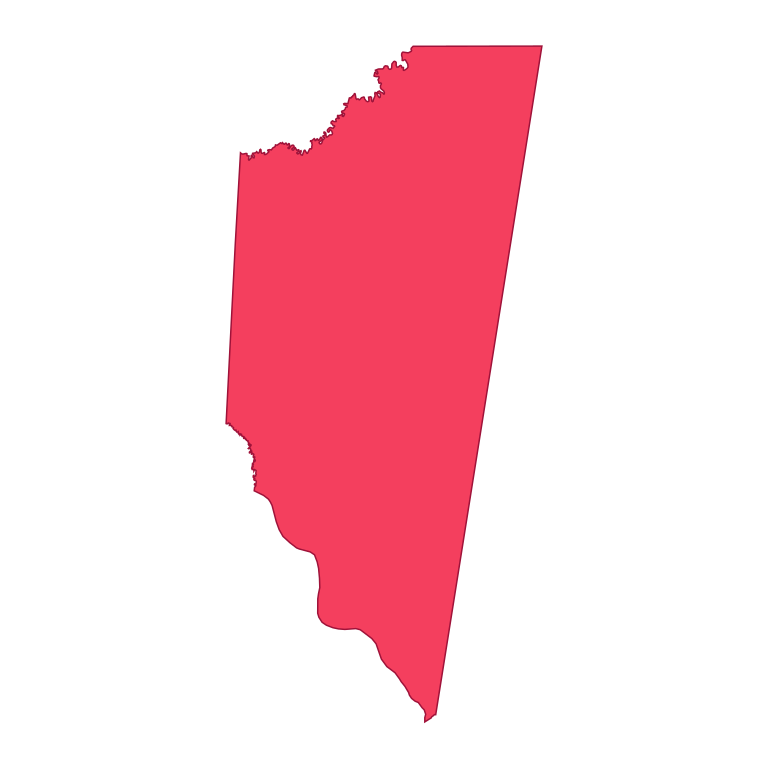 Leticia, Amazonas, Colombia (Robinson projection)
{"feature_id": "7082276B43275073099169", "entity_name": "Leticia", "entity_type": "district", "adm_level": 2, "iso_a3": "COL", "parent_name": "Colombia", "parent_adm1": "Amazonas", "projection": "robinson", "projection_center": [-70.12, -3.618], "detail": "fine", "context": "isolated", "style": "filled", "palette": "rose", "viewbox_px": 768, "rotation_deg": 0, "n_neighbors": 0, "source": "geoboundaries", "source_scale": "gbopen_adm2", "svg_char_len": 6016}
<svg xmlns="http://www.w3.org/2000/svg" viewBox="0 0 768 768"><path d="M254.2,490.8L263.6,495.4L268.4,499.1L270.3,501.9L272.1,505.5L276.3,521.7L279.2,529.7L283.0,536.4L290.0,542.8L296.6,547.9L299.3,549.0L310.2,551.9L314.5,554.8L317.2,561.9L318.6,568.4L319.5,578.3L319.8,587.6L318.5,593.8L317.8,598.8L317.7,613.3L318.9,617.3L322.1,622.3L326.4,625.2L332.9,627.7L338.5,628.9L344.8,629.4L355.8,628.6L360.2,629.7L371.8,638.5L376.1,643.8L381.4,659.1L386.9,666.6L395.1,672.8L399.6,679.0L401.2,681.7L404.9,686.3L408.6,692.5L409.4,695.1L411.6,698.4L415.1,701.2L418.3,702.5L422.1,707.7L424.2,709.8L425.7,714.3L424.8,717.6L424.8,721.9L431.2,717.9L431.8,716.7L433.5,715.6L434.4,714.6L435.7,714.7L541.9,46.1L413.1,46.3L411.2,48.3L411.1,49.6L411.6,50.5L411.2,51.3L409.0,52.5L408.0,52.8L402.9,52.1L402.2,52.6L401.7,53.8L401.6,55.3L402.2,57.6L402.2,60.4L403.1,60.6L404.3,59.8L405.4,59.9L407.8,64.2L408.0,67.1L407.2,68.3L405.8,69.4L404.1,70.4L403.5,70.3L403.3,70.0L403.5,67.6L403.1,67.3L401.9,67.6L401.3,65.8L400.5,65.4L399.8,65.7L398.4,67.0L396.9,67.1L396.2,65.4L396.2,62.5L395.6,61.7L394.6,61.3L393.7,61.6L391.9,63.9L391.6,68.1L390.7,69.2L389.7,69.3L388.8,68.8L388.2,68.0L388.0,66.7L387.5,66.1L385.5,65.8L384.3,66.4L383.6,68.1L382.8,68.9L378.4,69.0L375.4,70.2L375.6,70.8L377.4,71.3L377.9,73.4L377.1,74.1L375.7,72.4L374.8,72.5L374.0,75.9L374.2,76.2L376.5,76.7L378.7,76.6L379.0,77.0L379.0,78.0L378.0,79.8L378.7,81.4L378.8,82.8L379.5,83.3L380.7,82.9L381.3,83.5L381.4,83.9L380.4,85.8L380.5,87.8L381.1,88.8L383.8,91.1L384.4,92.6L384.3,93.9L383.8,94.1L382.6,92.9L380.5,92.0L379.5,91.0L377.8,91.7L377.4,92.5L377.6,93.0L380.0,93.9L380.4,94.6L380.2,96.9L380.0,97.4L379.4,97.6L378.4,96.6L376.4,92.7L375.1,92.5L374.8,93.2L375.0,95.9L373.4,99.8L373.2,101.1L372.5,101.7L372.0,101.4L371.7,100.8L371.5,97.4L370.6,96.8L368.6,97.2L369.0,101.0L368.1,101.6L367.4,101.7L366.2,101.0L364.5,98.7L364.3,97.3L363.7,97.0L361.5,97.7L359.6,99.8L359.0,99.7L358.0,98.8L356.7,99.4L356.0,98.5L355.2,94.0L354.9,93.6L354.4,93.6L353.9,94.8L352.7,95.8L352.5,96.7L351.5,96.9L350.9,98.0L349.9,97.8L349.3,98.0L347.9,103.6L344.5,103.4L343.7,103.8L344.0,104.8L347.0,105.6L347.3,106.4L347.1,107.1L345.6,107.4L345.2,109.1L343.7,110.7L342.0,111.0L341.6,111.7L341.9,112.6L344.4,113.6L344.5,114.6L343.7,116.1L343.2,116.5L342.4,116.3L342.6,114.5L342.2,114.1L340.6,115.2L338.8,115.6L337.8,115.4L337.5,115.8L337.5,116.4L338.9,117.6L339.2,118.3L338.8,118.6L337.5,117.8L335.8,119.1L335.7,119.6L336.3,121.1L336.1,121.5L334.1,121.6L332.5,120.8L331.3,121.8L331.0,122.8L331.2,123.6L332.3,124.1L333.1,125.6L334.5,125.8L334.7,126.3L333.1,128.3L330.4,127.5L329.4,127.8L327.6,129.6L327.3,130.7L327.9,131.9L328.7,132.2L329.4,131.5L329.8,130.0L330.3,129.9L331.2,130.4L331.8,131.2L332.5,133.3L332.1,134.5L331.4,134.9L329.7,134.9L327.4,136.9L326.7,137.1L326.1,136.0L325.8,133.1L324.7,132.0L324.1,132.0L323.8,133.0L325.0,133.9L325.0,134.6L324.6,135.2L323.1,135.8L322.9,136.3L323.1,137.1L324.4,137.5L324.6,138.2L322.8,140.0L321.8,143.0L320.8,144.0L320.2,144.0L319.4,143.4L319.1,142.3L322.2,139.8L322.3,139.0L321.1,137.3L320.5,137.4L320.2,138.4L318.8,140.3L318.1,140.2L317.6,139.0L317.2,138.8L316.5,139.4L315.9,140.5L315.1,140.6L314.7,139.0L314.2,138.6L312.8,139.9L311.3,140.9L310.6,140.8L310.5,141.5L311.5,141.7L311.9,142.2L311.8,143.5L312.2,144.9L311.8,146.2L311.8,148.0L311.2,148.9L310.1,148.7L309.6,149.0L307.5,153.3L307.0,153.4L306.6,153.0L305.0,150.3L304.7,150.2L304.1,150.5L302.4,155.1L301.2,154.9L300.6,154.0L300.6,153.0L301.2,151.2L301.0,150.7L300.3,151.0L298.8,153.6L297.6,153.9L296.9,153.3L296.8,152.8L298.6,151.3L298.9,150.7L298.8,149.9L298.3,149.7L297.4,150.2L296.7,150.2L295.4,147.8L294.6,148.4L293.5,150.1L292.6,150.1L292.0,149.6L292.0,148.8L294.1,147.1L294.1,146.2L293.5,145.3L292.8,145.1L291.5,145.5L290.6,146.3L289.3,148.5L288.6,148.6L288.1,148.3L288.0,147.8L289.3,146.9L289.5,144.4L289.2,143.7L288.7,143.6L288.0,144.5L287.2,144.9L286.2,143.2L285.4,143.2L284.6,144.2L284.1,144.2L282.4,142.6L281.9,143.6L280.5,142.8L277.1,145.2L275.5,144.9L275.1,146.6L272.7,148.0L271.4,149.9L269.4,149.6L267.9,150.0L267.7,150.7L268.8,151.2L268.8,151.9L266.6,154.0L265.6,154.5L264.5,154.5L264.7,152.9L264.3,152.5L262.7,153.3L261.6,153.2L261.1,152.1L261.0,149.9L260.5,149.3L259.9,149.7L259.3,152.1L258.5,153.1L257.8,153.0L256.7,151.6L255.6,152.8L252.6,153.3L252.5,153.9L253.6,154.9L254.4,156.2L254.1,157.8L253.2,157.8L252.0,155.5L251.4,155.3L251.1,155.9L251.2,157.9L249.2,160.1L248.7,160.0L248.5,159.4L249.1,156.0L247.1,155.7L246.9,153.6L246.1,153.4L242.9,154.1L241.7,153.8L240.5,152.8L235.3,243.4L226.1,423.6L227.0,423.9L227.8,423.6L228.2,423.0L229.5,423.4L229.4,424.8L230.1,424.2L230.1,425.5L231.6,425.6L231.9,426.8L232.6,426.9L233.5,427.7L233.1,428.5L234.1,429.7L235.4,430.6L235.9,430.1L236.7,432.0L237.6,432.1L238.2,431.7L238.3,433.4L239.2,434.5L239.8,433.6L240.5,433.9L240.4,434.7L240.9,434.2L241.5,434.3L241.5,435.3L241.9,435.5L242.1,436.4L243.9,436.6L244.1,437.2L243.6,437.8L243.7,438.4L244.2,438.5L244.8,437.9L245.6,438.7L245.6,439.4L246.3,439.5L246.5,440.4L248.1,441.0L247.9,441.8L248.8,442.7L248.3,444.2L249.0,444.5L248.9,445.5L249.5,445.6L250.1,445.1L250.1,444.6L249.4,444.4L249.7,444.0L251.0,444.8L251.0,445.6L248.3,448.5L248.9,448.8L250.0,448.0L250.8,449.5L250.7,450.8L249.4,452.1L249.4,452.8L249.8,453.0L251.2,452.4L251.1,451.1L251.6,451.0L251.9,453.0L251.6,454.2L252.0,454.2L252.5,453.5L253.6,454.1L253.8,454.5L253.3,456.0L253.3,457.3L253.9,457.8L254.3,456.8L254.8,457.1L253.8,460.7L254.6,460.8L255.2,460.2L255.3,460.5L254.8,461.5L253.7,461.9L253.3,463.1L252.5,463.4L252.4,464.7L253.1,464.4L253.3,464.6L252.8,465.3L253.1,466.8L252.7,467.0L252.1,466.7L251.7,468.2L252.4,468.7L252.0,469.1L252.1,469.5L253.8,469.7L253.9,471.0L254.6,469.6L256.1,470.5L255.8,473.5L256.2,474.6L255.6,475.3L255.6,476.1L253.9,476.4L253.8,475.3L253.4,475.5L253.2,476.3L253.3,477.4L254.7,478.2L253.9,478.9L253.9,479.6L254.4,480.4L255.6,480.2L256.3,481.6L255.8,484.4L255.4,484.6L254.7,483.9L254.4,484.3L254.5,484.8L255.8,485.8L254.6,487.4L254.2,490.8Z" fill="#f43f5e" stroke="#9f1239" stroke-width="1.5"/></svg>